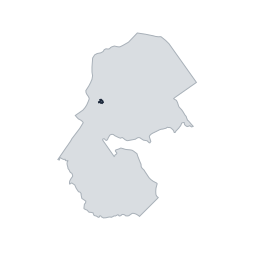 Lusaka, Lusaka, Zambia (highlighted), rotated 145°
{"feature_id": "96606910B10621059217070", "entity_name": "Lusaka", "entity_type": "district", "adm_level": 2, "iso_a3": "ZMB", "parent_name": "Zambia", "parent_adm1": "Lusaka", "projection": "robinson", "projection_center": [28.258, -15.427], "detail": "fine", "context": "in_parent", "style": "filled", "palette": "slate", "viewbox_px": 256, "rotation_deg": 145, "n_neighbors": 0, "source": "geoboundaries", "source_scale": "gbopen_adm2", "svg_char_len": 4292}
<svg xmlns="http://www.w3.org/2000/svg" viewBox="0 0 256 256"><g transform="rotate(145 128 128)"><path d="M164.0,168.5L154.7,168.5L151.3,169.4L148.5,170.6L145.2,172.6L143.2,174.0L142.7,174.8L142.4,176.5L142.4,179.1L142.1,181.0L141.1,182.8L136.0,184.9L132.7,186.6L129.5,188.6L127.0,191.2L125.4,194.5L122.6,198.5L116.8,205.6L113.4,207.0L110.6,206.7L107.2,205.2L104.5,204.9L102.5,205.8L100.6,205.5L98.9,204.0L97.5,203.5L96.3,203.9L94.9,203.8L92.2,203.0L89.8,200.4L88.6,199.4L87.6,199.0L84.8,198.6L78.4,198.0L71.8,199.3L65.9,200.5L60.0,194.9L54.2,188.8L53.0,187.3L50.8,185.3L49.2,184.3L48.6,183.8L47.0,178.4L46.1,173.5L45.8,126.1L72.0,126.1L73.7,125.9L73.7,125.4L72.5,122.9L72.6,122.0L72.9,120.3L74.0,116.8L74.1,115.7L73.6,112.0L73.6,109.9L73.9,105.7L73.7,104.2L74.3,102.3L74.5,101.1L74.8,100.5L74.4,99.1L73.9,94.1L73.6,92.0L75.2,92.3L75.7,93.3L76.0,94.5L76.7,94.5L78.6,95.2L79.2,96.1L79.7,98.1L79.4,99.2L78.8,100.0L79.4,100.7L80.7,101.2L81.4,101.1L83.5,99.7L85.4,99.2L86.4,98.8L90.8,97.9L91.6,97.4L92.2,97.4L92.7,97.8L92.3,99.3L92.2,100.5L92.7,102.9L93.1,104.0L94.0,104.8L94.7,105.3L95.4,106.1L96.9,106.0L100.2,107.2L101.2,107.8L102.6,108.3L103.6,108.5L107.1,109.0L110.7,109.6L112.5,109.7L113.9,109.5L114.8,109.2L115.4,108.8L115.6,108.5L117.0,103.9L117.7,103.6L118.6,103.3L119.1,103.7L119.7,106.6L122.3,109.2L123.2,111.4L123.9,113.2L124.4,113.7L125.4,114.4L127.0,114.6L128.4,114.6L135.5,117.8L136.2,118.4L137.1,120.1L137.6,122.0L138.2,123.5L139.1,123.8L139.9,123.9L140.7,124.9L141.3,125.8L143.4,129.6L143.7,131.0L144.7,132.0L146.0,132.5L147.3,132.5L148.0,132.1L149.8,131.3L151.2,130.4L152.3,130.1L152.9,130.3L153.3,130.9L153.6,132.8L154.6,133.4L155.4,133.1L155.7,132.4L155.7,132.0L155.7,112.6L155.0,112.7L154.2,113.3L152.4,113.3L151.6,113.7L151.4,114.4L151.6,115.2L151.6,116.3L151.3,116.8L150.5,117.0L149.3,116.6L147.2,116.0L145.4,115.7L144.1,114.2L142.4,112.0L141.2,110.9L138.5,108.6L138.0,108.1L137.2,107.1L136.5,105.2L135.8,103.1L135.4,101.8L136.1,99.7L137.7,93.0L138.1,90.9L139.4,88.7L139.5,86.8L139.0,84.4L139.1,83.0L139.3,75.3L138.9,72.8L138.0,70.1L136.1,66.4L136.1,65.6L139.1,63.1L140.0,62.2L141.6,60.2L142.7,58.5L143.4,57.2L143.6,55.4L143.1,53.7L144.1,53.4L169.3,49.0L169.6,50.2L170.4,52.1L171.2,53.5L172.3,54.8L173.2,55.5L173.8,55.7L177.7,55.7L179.1,56.4L180.3,57.4L180.6,58.8L181.4,59.8L182.3,60.5L182.6,60.6L183.3,60.4L184.3,60.4L185.3,60.7L185.7,61.0L185.8,62.3L186.0,62.8L187.4,63.0L188.7,63.1L190.0,64.0L191.4,64.1L193.0,64.5L193.7,65.4L195.4,66.3L197.5,67.1L199.8,68.5L199.9,68.9L200.3,69.7L200.7,70.3L200.7,71.2L200.9,71.9L201.5,72.1L202.0,72.2L202.4,71.6L203.0,71.6L203.7,72.0L203.9,72.9L204.5,74.1L205.3,75.0L205.9,75.8L205.7,77.3L205.3,78.6L206.5,79.9L208.0,81.2L208.4,81.8L208.5,83.6L208.7,84.3L209.7,85.8L210.2,86.9L210.2,87.5L207.4,90.6L205.7,91.0L205.0,91.7L204.5,92.3L205.6,95.4L206.2,96.6L205.7,98.0L204.6,100.5L204.1,100.7L204.0,102.6L204.3,103.3L204.9,103.8L205.1,105.1L205.0,108.3L204.3,111.9L205.5,115.0L206.0,115.4L207.7,115.4L208.0,115.7L207.5,116.5L206.3,117.9L204.2,119.0L201.0,120.2L200.4,121.3L200.0,123.0L200.3,123.9L200.7,124.5L200.6,125.9L200.3,127.5L200.4,128.7L200.2,129.7L199.8,130.2L199.3,131.8L198.6,133.4L198.1,134.2L197.3,134.9L196.0,135.6L196.1,135.9L197.5,136.6L197.8,137.2L197.9,137.5L197.4,138.3L198.0,138.8L198.8,139.2L199.5,140.3L200.4,142.3L200.5,142.5L200.8,142.5L201.2,142.3L202.1,141.5L202.7,141.2L203.5,142.4L190.4,147.3L187.3,148.4L182.8,150.1L181.3,150.8L180.1,151.4L167.9,155.3L166.0,156.1L161.7,158.0L161.6,158.4L161.6,159.3L162.0,161.1L162.8,162.8L163.4,163.8L163.8,166.3L164.0,168.5Z" fill="#d9dde1" stroke="#a8b0b8" stroke-width="1"/><path d="M133.6,163.5L133.4,164.0L133.3,164.3L133.3,164.8L133.4,165.0L133.5,165.4L133.5,165.5L133.6,165.8L133.6,166.0L133.7,166.3L133.8,166.4L133.6,166.5L133.7,166.8L133.8,166.9L134.0,166.9L134.3,166.9L134.5,167.0L134.5,166.9L134.8,166.9L134.8,166.6L134.8,166.0L134.8,165.8L135.0,165.8L135.1,166.1L135.2,165.9L135.5,165.8L136.3,165.9L136.5,166.1L137.1,166.1L137.3,165.7L136.7,165.5L136.4,165.4L136.4,165.2L136.2,164.8L136.2,164.6L136.1,164.3L136.1,164.2L135.8,163.9L135.7,164.0L135.3,163.8L135.3,163.7L135.2,163.6L135.1,163.4L134.8,163.3L134.8,163.1L134.7,163.1L134.3,163.3L134.3,163.6L134.0,163.7L133.9,163.7L133.7,163.6L133.6,163.5Z" fill="#64748b" stroke="#1e293b" stroke-width="1.5"/></g></svg>